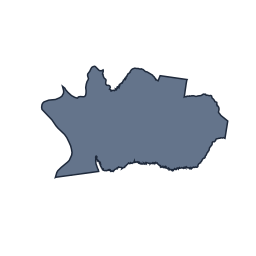 outline of Baradero, Buenos Aires, Argentina, rotated 236°
{"feature_id": "61730980B8735430115634", "entity_name": "Baradero", "entity_type": "district", "adm_level": 2, "iso_a3": "ARG", "parent_name": "Argentina", "parent_adm1": "Buenos Aires", "projection": "natural_earth1", "projection_center": [-59.554, -33.906], "detail": "fine", "context": "isolated", "style": "filled", "palette": "slate", "viewbox_px": 256, "rotation_deg": 236, "n_neighbors": 0, "source": "geoboundaries", "source_scale": "gbopen_adm2", "svg_char_len": 5801}
<svg xmlns="http://www.w3.org/2000/svg" viewBox="0 0 256 256"><g transform="rotate(236 128 128)"><path d="M172.8,158.0L172.6,157.8L171.7,156.0L171.4,155.9L171.4,154.8L171.2,154.7L171.1,154.4L170.5,154.2L169.8,152.9L170.7,152.8L170.1,151.9L170.2,150.9L169.7,150.5L169.3,149.4L169.0,149.2L168.9,148.0L168.6,147.9L168.9,147.5L168.7,147.1L168.9,145.9L168.7,145.4L168.2,145.1L168.5,144.6L168.2,144.3L167.6,144.4L167.6,144.1L167.9,143.8L167.8,143.6L167.1,143.6L166.9,143.4L167.7,143.5L167.5,143.0L167.8,142.7L167.5,142.3L167.7,142.2L168.0,142.4L168.1,142.1L168.0,141.8L167.2,141.9L167.4,141.5L167.0,141.4L166.7,141.0L167.0,140.2L166.4,139.8L167.4,139.4L166.8,139.1L166.8,138.7L166.5,138.2L166.5,137.8L166.7,137.4L167.2,137.3L167.7,136.5L168.1,134.6L168.3,134.6L168.4,135.0L169.3,135.1L170.5,134.3L171.6,136.1L173.0,136.4L174.2,135.8L175.3,134.3L176.7,134.1L177.9,134.7L180.0,136.6L180.8,136.7L182.5,136.2L183.5,136.2L185.4,136.7L186.2,137.2L186.9,137.0L189.1,139.4L190.1,139.8L190.3,137.9L191.5,136.5L192.2,136.2L197.1,135.3L197.8,134.9L198.4,133.4L198.5,131.8L197.6,130.0L196.4,128.0L195.3,124.8L194.5,124.1L193.6,123.6L191.1,122.9L190.3,121.9L189.4,120.0L187.6,117.8L185.1,115.5L182.5,114.2L180.4,112.7L178.9,111.2L178.4,109.8L178.5,109.2L178.9,108.4L180.7,106.1L181.4,104.6L181.4,103.8L181.1,103.4L181.1,102.7L183.0,101.1L186.4,99.3L191.2,98.1L194.8,97.7L196.2,97.9L199.2,97.0L194.7,95.4L192.9,94.0L191.3,90.9L191.3,88.2L192.2,83.8L195.4,77.9L196.6,73.0L196.3,71.2L195.4,69.7L193.5,68.0L191.5,67.1L177.2,69.5L170.1,69.5L166.8,69.9L158.2,71.8L154.2,71.9L149.3,71.2L145.4,70.5L142.3,69.4L139.0,67.9L137.0,66.1L134.0,61.2L133.5,58.8L132.7,50.6L131.8,45.9L130.9,44.1L127.6,40.1L127.5,40.7L108.4,79.4L110.2,80.1L111.2,80.1L116.4,81.5L119.3,83.1L120.4,84.0L121.7,84.7L122.3,85.2L122.5,85.8L122.2,85.8L121.9,86.1L121.4,86.1L120.4,84.8L119.4,84.8L119.1,84.4L118.4,84.9L117.8,84.4L117.5,85.0L117.0,84.7L116.8,85.2L116.2,85.2L115.5,85.6L115.2,85.0L114.8,85.4L114.5,84.8L113.8,85.1L113.5,84.6L113.1,84.9L112.8,84.3L111.7,84.0L111.3,84.2L109.8,83.7L108.8,84.1L108.1,83.7L107.8,84.5L107.0,83.8L105.5,85.0L105.2,85.8L104.7,86.1L104.7,86.6L104.1,87.5L104.4,88.2L103.9,88.4L104.0,88.8L103.5,89.0L103.7,89.7L103.4,89.8L103.0,89.2L102.3,89.8L101.9,89.4L101.5,89.5L101.4,90.3L100.4,91.3L100.8,91.5L100.6,91.9L100.8,92.1L100.5,92.4L101.0,93.9L100.7,95.5L100.2,96.2L101.0,96.6L100.9,97.4L100.5,97.9L100.9,98.5L100.1,99.0L98.8,100.7L98.2,100.9L97.7,100.2L97.7,102.3L97.2,103.2L97.9,104.0L97.8,105.3L98.1,105.9L98.4,108.2L98.7,108.9L97.5,109.5L97.7,110.6L97.2,110.4L96.7,111.6L96.4,111.7L96.5,112.3L96.0,113.9L96.8,114.3L97.1,114.8L96.4,114.4L95.7,114.3L95.6,114.5L96.1,114.8L95.6,114.9L95.4,115.2L95.7,116.0L95.3,115.6L95.1,116.2L94.6,116.3L94.6,117.1L94.2,117.1L94.0,117.5L93.6,117.1L93.4,117.1L93.6,117.8L93.3,118.2L92.8,118.1L92.5,117.5L92.1,117.7L91.9,118.4L91.3,118.4L91.3,119.0L91.2,119.0L91.0,118.6L91.0,118.9L90.6,119.1L90.7,119.8L90.1,119.8L89.2,121.4L88.7,121.7L88.9,121.9L89.6,121.9L88.7,122.4L89.2,123.3L88.9,123.3L88.6,123.1L88.2,123.2L88.7,123.5L88.9,124.1L86.9,125.6L86.5,126.6L86.3,126.7L85.9,126.4L86.0,126.8L85.2,128.1L85.4,128.5L85.4,129.0L85.1,128.9L84.8,129.2L84.6,129.1L84.6,129.7L83.9,129.7L84.3,130.2L83.6,130.6L84.0,130.9L83.7,131.2L84.0,131.6L84.0,131.8L83.2,131.8L82.7,132.2L82.7,132.6L81.7,132.5L80.9,132.8L79.4,133.1L78.9,133.5L78.7,133.9L77.7,133.1L77.1,133.2L77.2,133.9L76.6,134.2L76.9,135.3L76.8,135.5L76.3,135.2L75.7,135.2L75.8,135.5L75.3,135.7L75.4,137.0L74.9,136.7L74.8,137.2L74.5,136.9L74.4,137.5L74.0,137.1L73.7,137.1L73.8,137.5L73.0,137.7L72.3,138.1L72.2,138.9L71.7,138.5L71.4,139.4L70.5,139.4L70.5,138.7L70.3,138.6L69.7,140.2L68.6,140.6L69.1,140.8L69.0,141.2L68.5,141.5L67.8,141.0L67.5,141.6L68.4,141.7L67.9,142.5L68.2,143.9L67.6,143.9L67.6,144.3L67.3,144.6L66.8,144.4L66.6,144.6L66.6,145.2L67.2,145.9L66.8,146.1L67.0,146.8L66.2,146.9L66.5,147.1L66.2,147.5L66.4,147.7L66.1,148.0L66.3,148.1L66.4,148.6L66.1,148.6L65.4,149.0L65.1,149.5L65.2,150.3L63.8,151.2L64.1,151.4L64.2,151.8L63.5,151.9L63.1,152.4L63.1,152.6L63.5,152.6L63.8,153.0L63.7,153.2L63.4,153.0L63.4,153.3L62.9,153.4L63.4,153.6L63.3,154.4L62.7,154.0L62.5,154.7L61.9,154.9L61.8,155.4L61.3,155.6L61.0,156.2L60.1,156.3L60.3,156.6L59.7,156.9L60.2,157.1L60.3,157.3L59.6,157.2L59.3,158.1L58.8,158.0L58.9,158.6L59.3,158.9L59.2,159.1L59.3,159.2L58.9,159.7L58.8,160.7L58.4,160.8L58.0,161.3L57.8,162.4L57.1,162.9L56.8,163.7L57.1,164.5L57.8,164.9L58.6,166.3L58.8,167.8L58.6,168.7L59.1,169.1L59.3,170.4L59.9,171.1L60.0,171.8L60.5,172.4L60.5,173.0L60.7,173.8L60.3,174.4L60.4,175.3L61.5,176.3L61.8,177.6L63.2,179.7L63.2,180.1L63.4,180.8L63.8,181.1L64.0,182.4L66.2,184.8L66.4,186.2L66.9,187.0L67.1,188.2L67.9,189.0L68.8,189.6L69.1,190.2L68.8,191.3L68.3,191.9L68.6,193.5L69.5,194.6L69.4,195.8L69.0,196.3L68.7,197.5L68.0,198.7L68.1,199.3L67.5,200.1L66.9,200.6L66.7,201.7L65.2,202.6L78.0,214.6L86.4,212.0L89.3,211.9L90.0,211.7L90.6,211.9L92.3,213.7L93.6,214.5L94.7,214.8L96.1,214.7L96.7,214.8L96.7,214.4L98.0,214.7L99.0,215.7L99.7,215.9L101.4,214.7L102.2,215.0L103.9,215.0L105.9,214.5L107.9,215.2L108.7,214.8L109.3,213.5L110.9,212.1L111.4,211.1L112.6,211.2L113.0,210.8L113.3,210.1L114.0,209.4L114.0,206.8L115.5,203.9L115.8,202.7L116.3,201.8L117.6,200.8L118.3,200.1L118.6,199.4L119.0,199.1L119.1,198.6L119.6,197.5L120.1,197.0L119.9,196.8L120.1,196.3L120.9,195.6L121.0,195.1L121.4,194.8L121.4,193.6L121.8,193.3L122.1,192.6L122.4,192.5L122.4,192.1L132.3,201.1L134.6,203.3L135.1,204.1L153.4,183.9L150.3,179.3L152.0,178.5L152.5,177.9L153.6,178.5L154.5,178.1L155.5,178.3L157.0,177.9L158.1,177.9L163.8,175.2L165.0,174.0L168.0,173.2L169.7,172.0L169.6,171.6L170.7,170.4L171.6,169.8L172.5,168.4L173.8,167.1L174.4,165.0L174.4,163.6L173.5,161.2L173.0,160.9L172.8,159.0L172.9,158.6L172.8,158.0Z" fill="#64748b" stroke="#1e293b" stroke-width="1.5"/></g></svg>